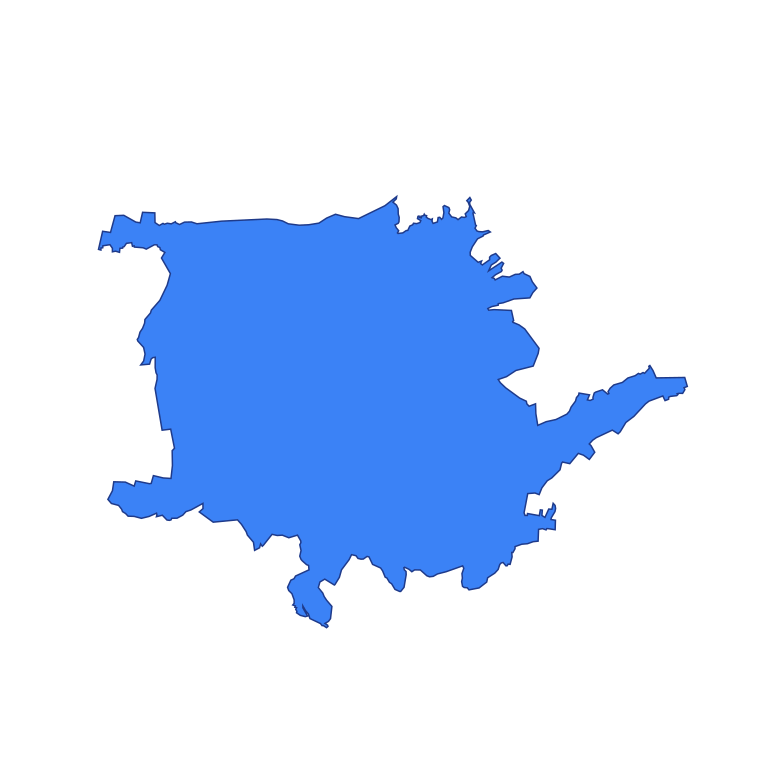 Simleu Silvaniei, Salaj, Romania (Natural Earth projection), rotated 167°
{"feature_id": "2599482B94052118858372", "entity_name": "Simleu Silvaniei", "entity_type": "district", "adm_level": 2, "iso_a3": "ROU", "parent_name": "Romania", "parent_adm1": "Salaj", "projection": "natural_earth1", "projection_center": [22.774, 47.23], "detail": "fine", "context": "isolated", "style": "filled", "palette": "blue", "viewbox_px": 768, "rotation_deg": 167, "n_neighbors": 0, "source": "geoboundaries", "source_scale": "gbopen_adm2", "svg_char_len": 6165}
<svg xmlns="http://www.w3.org/2000/svg" viewBox="0 0 768 768"><g transform="rotate(167 384 384)"><path d="M508.9,172.1L499.8,164.9L498.7,162.5L497.5,162.3L494.8,159.5L493.1,160.4L493.2,161.7L495.4,164.0L491.5,165.2L488.9,167.4L484.8,179.0L488.5,186.1L490.1,190.3L490.7,194.1L493.8,200.4L491.0,205.5L485.6,207.2L477.6,199.3L476.9,199.6L471.0,205.6L467.2,212.5L457.6,220.6L454.0,225.0L449.9,223.0L448.6,219.9L445.8,218.5L443.5,218.1L439.3,219.8L437.5,218.9L435.7,210.8L428.7,205.5L427.4,202.2L426.3,195.5L424.8,194.3L423.3,189.6L421.5,187.6L419.5,181.4L415.5,178.4L414.4,178.1L410.2,181.4L405.3,193.2L404.7,196.4L406.0,198.4L406.0,200.5L405.1,200.8L401.3,197.8L399.1,194.8L396.0,196.0L390.4,194.6L385.4,187.5L383.0,185.9L379.3,185.5L374.6,186.9L365.8,187.1L348.3,189.1L347.7,186.5L350.7,181.7L351.3,177.2L352.8,174.0L353.0,169.2L351.7,167.7L348.7,166.7L347.5,164.3L337.2,163.9L328.5,167.9L326.6,171.9L318.6,174.8L314.5,177.6L311.8,182.1L310.0,183.3L308.1,183.3L306.1,179.4L304.9,179.2L303.6,180.6L301.7,179.9L298.1,186.7L297.4,191.1L296.3,190.8L293.4,194.0L292.9,196.1L285.8,196.9L280.1,196.1L274.1,196.8L269.2,196.2L266.1,207.6L262.1,207.4L258.9,205.4L258.0,206.5L256.5,206.1L250.0,203.5L247.6,212.7L251.8,214.4L251.0,216.1L246.1,221.2L244.8,224.1L244.6,227.2L246.0,229.7L248.6,224.2L251.6,225.1L257.2,217.8L259.7,220.4L258.1,225.5L260.0,226.2L262.3,220.8L273.3,225.5L273.9,223.7L276.2,224.2L276.5,227.0L268.6,244.9L261.4,243.8L257.7,241.3L253.5,247.3L246.7,253.0L241.7,254.7L231.8,260.8L228.8,266.8L227.6,267.8L220.9,264.6L210.3,272.7L205.7,269.8L200.9,264.3L194.0,270.1L196.2,277.5L197.5,279.4L193.3,282.3L189.1,284.0L171.9,287.7L167.1,282.8L164.6,284.3L157.0,292.1L147.7,296.3L133.7,305.8L129.6,307.7L115.0,309.6L113.9,304.6L110.1,305.1L109.6,307.1L107.8,307.5L101.4,306.8L100.0,307.6L100.5,308.6L98.9,308.6L95.1,307.7L92.1,310.8L92.5,312.9L89.0,313.4L89.5,322.7L117.4,328.7L118.9,336.7L120.8,342.2L122.0,341.7L121.9,339.7L127.7,335.8L129.0,336.9L132.2,336.0L133.7,337.1L137.4,335.6L145.0,335.0L151.4,331.9L160.3,331.4L164.6,329.0L167.4,326.2L167.0,324.1L168.3,323.8L172.4,329.2L179.6,328.5L181.2,327.9L183.4,324.0L183.7,322.2L186.9,321.6L189.4,322.8L186.2,327.2L196.0,331.3L196.9,329.4L199.5,327.5L201.3,324.2L206.9,319.4L209.4,315.8L212.6,313.5L224.5,310.7L234.5,310.8L243.5,309.1L242.7,321.0L240.8,330.6L247.6,329.7L249.3,332.6L249.2,335.2L255.0,339.8L266.3,352.9L270.4,359.1L271.7,362.7L262.9,363.6L252.4,367.5L234.6,367.9L226.9,379.1L224.9,383.9L234.5,406.0L239.1,411.2L244.5,415.1L244.6,416.0L243.4,416.6L243.3,427.0L260.0,431.7L265.4,432.4L265.9,434.2L261.5,435.2L255.0,435.1L254.6,436.6L249.7,436.3L238.3,437.6L222.5,435.1L218.4,439.6L213.4,443.1L216.5,450.2L217.6,456.0L222.7,460.0L223.3,462.2L227.5,460.6L231.5,461.3L237.8,460.0L244.4,462.4L252.3,460.4L252.8,462.0L254.8,463.3L250.7,465.4L244.3,467.2L243.3,468.4L243.8,470.5L240.3,474.6L241.7,476.3L256.6,470.7L252.7,475.8L247.5,477.6L242.7,480.5L245.8,486.0L250.6,485.1L252.6,483.8L253.1,481.3L261.4,477.9L262.8,479.6L261.2,481.9L264.9,481.4L271.0,489.9L270.4,493.0L267.1,497.8L260.2,504.4L254.1,505.9L253.6,506.8L246.2,508.2L247.9,510.1L253.8,510.1L257.4,511.2L259.0,512.2L260.3,515.3L258.4,517.6L259.0,518.3L258.9,530.3L258.4,531.2L257.4,530.5L260.0,539.7L259.7,541.7L257.6,543.6L258.4,546.4L262.1,544.0L261.1,542.2L260.5,537.8L262.6,534.0L266.6,531.5L266.2,528.6L268.2,528.2L270.9,529.3L274.9,527.5L276.6,529.7L280.5,531.6L282.4,535.9L280.8,539.0L281.1,541.3L285.0,544.3L286.6,543.5L287.1,537.5L289.2,532.6L290.9,531.5L292.2,533.9L293.8,534.0L295.5,529.9L300.0,529.4L300.6,531.8L299.8,534.0L301.2,533.6L304.1,535.6L305.3,537.2L304.6,538.4L306.3,539.4L306.6,540.4L307.5,539.2L310.3,539.1L309.9,538.2L310.4,537.5L311.9,538.3L312.2,539.8L313.2,539.7L314.2,537.6L311.4,534.9L312.7,533.2L316.1,532.9L319.1,534.0L320.2,532.7L323.3,532.1L326.3,528.3L327.9,528.5L331.7,527.0L336.4,527.5L336.9,528.2L335.2,530.0L336.9,533.5L337.5,536.5L334.0,537.4L332.9,538.7L331.7,543.0L331.9,546.3L330.8,551.7L331.6,555.5L334.4,559.2L330.4,561.6L329.5,563.8L343.0,557.5L371.6,550.9L384.8,555.9L393.1,560.3L402.5,558.6L411.2,555.4L421.6,556.1L430.9,557.8L441.2,561.6L446.2,565.7L451.3,568.3L461.0,571.1L505.6,579.2L530.2,582.2L535.2,585.2L542.0,586.6L547.4,585.4L550.6,588.0L550.8,589.0L555.3,587.9L559.0,589.4L562.1,589.1L563.2,590.2L567.3,589.0L570.8,592.8L568.8,602.3L580.6,605.6L585.3,595.9L589.4,597.6L599.6,606.9L608.2,608.5L616.4,593.2L623.8,596.1L631.9,579.4L629.7,578.2L629.2,580.2L627.4,580.0L626.8,581.9L619.7,581.4L618.1,577.4L618.9,573.9L615.7,573.8L612.1,571.8L610.8,575.6L608.1,575.2L607.8,576.1L606.3,576.3L603.3,579.0L598.1,578.5L598.1,574.8L596.4,574.8L596.5,573.6L588.0,570.9L585.3,568.9L576.5,571.3L573.9,570.7L573.6,568.8L571.7,567.4L571.7,565.1L567.9,561.5L572.5,556.8L567.3,539.6L573.1,529.0L583.6,515.9L594.1,508.3L595.6,505.7L602.4,500.7L603.6,497.1L606.7,492.6L610.1,489.4L612.7,484.5L614.4,482.9L614.2,481.2L610.0,473.7L610.1,466.9L613.0,460.5L616.7,457.3L608.0,456.1L605.3,460.7L603.4,461.7L600.9,461.5L603.3,451.3L603.6,446.2L603.0,443.9L604.1,439.5L608.1,431.2L610.6,388.9L602.0,388.0L602.6,368.5L605.4,366.7L608.5,352.1L612.8,339.9L620.2,342.1L629.3,346.6L633.2,339.5L634.9,339.6L647.7,345.4L650.4,340.7L658.1,346.6L669.3,349.5L672.6,341.1L679.0,333.7L676.5,328.9L669.9,325.4L667.8,320.9L667.5,318.5L664.9,315.9L663.1,312.8L657.2,311.2L650.6,307.7L642.7,307.8L634.7,309.3L634.7,307.5L635.6,305.9L629.5,306.0L626.1,300.3L623.7,299.4L622.1,299.5L621.0,300.9L615.8,299.8L609.6,301.5L605.7,304.2L600.5,304.7L587.3,308.4L588.4,303.3L592.8,300.9L581.5,287.8L557.3,284.6L554.4,279.2L551.5,271.1L551.1,267.5L546.8,259.2L547.5,251.0L542.1,252.4L540.2,256.0L539.1,253.3L537.8,254.0L526.9,262.7L522.1,260.4L517.1,259.6L511.3,255.6L502.3,256.2L500.4,249.8L500.7,248.1L502.2,246.3L502.3,240.4L504.8,235.2L504.3,231.7L503.3,229.9L500.1,225.4L498.3,224.2L498.9,219.8L513.4,216.8L515.5,214.5L518.9,213.8L523.7,207.6L523.3,204.2L520.9,200.4L520.1,193.9L520.9,190.5L522.6,189.2L520.3,187.7L521.1,186.5L519.5,185.7L520.7,184.3L520.0,182.1L520.7,180.8L517.6,177.4L513.0,175.0L510.7,175.1L513.4,184.2L513.0,186.0L511.4,180.7L509.4,177.0L508.9,172.1Z" fill="#3b82f6" stroke="#1e3a8a" stroke-width="1.5"/></g></svg>